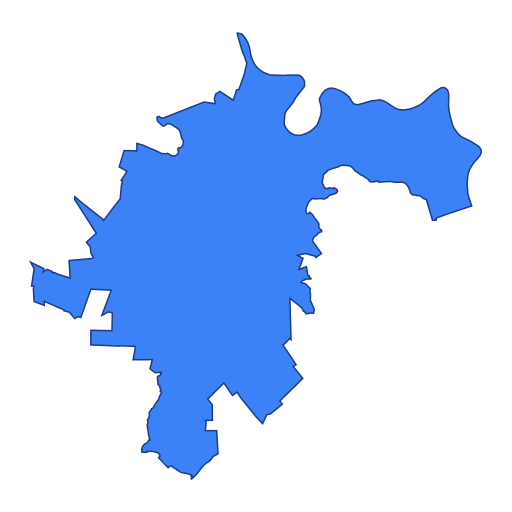 outline of Catazajá, Chiapas, Mexico
{"feature_id": "50627088B33192672219794", "entity_name": "Catazajá", "entity_type": "district", "adm_level": 2, "iso_a3": "MEX", "parent_name": "Mexico", "parent_adm1": "Chiapas", "projection": "robinson", "projection_center": [-91.989, 17.768], "detail": "fine", "context": "isolated", "style": "filled", "palette": "blue", "viewbox_px": 512, "rotation_deg": 0, "n_neighbors": 0, "source": "geoboundaries", "source_scale": "gbopen_adm2", "svg_char_len": 6030}
<svg xmlns="http://www.w3.org/2000/svg" viewBox="0 0 512 512"><path d="M442.9,87.5L440.7,88.0L435.6,91.2L430.0,95.9L423.6,102.2L419.4,105.2L412.9,108.1L408.4,109.3L403.6,110.0L398.4,109.4L394.4,107.7L386.5,102.4L383.1,100.7L380.3,99.9L371.7,100.8L362.4,103.5L357.7,104.7L354.3,104.1L352.5,102.5L349.2,96.9L344.6,93.2L339.7,90.5L334.1,88.4L330.3,88.1L327.8,88.8L324.8,90.5L321.9,93.8L319.6,98.4L319.4,100.1L320.7,105.0L321.2,107.7L321.4,110.6L320.8,115.0L318.4,122.0L316.8,125.3L313.9,128.4L310.2,131.4L306.2,133.4L302.0,134.9L298.9,135.4L294.3,134.9L291.9,133.7L289.6,132.2L287.7,130.2L285.7,127.6L284.7,125.5L284.2,123.8L284.3,121.2L284.9,113.7L286.5,110.7L292.4,103.4L295.9,97.4L304.2,86.8L304.7,85.1L304.5,82.0L304.0,80.2L303.2,78.8L301.9,77.1L300.2,75.7L298.0,75.1L289.5,75.1L283.4,75.4L270.4,75.0L266.3,73.6L263.6,72.4L261.0,70.8L257.7,68.2L254.8,64.6L253.6,62.2L252.0,58.8L250.6,54.0L249.5,47.4L247.7,42.4L244.9,37.7L241.9,34.0L237.3,33.0L237.3,34.1L242.2,51.3L244.5,56.4L245.5,59.8L246.8,63.2L244.3,74.1L238.9,89.5L236.6,89.8L233.4,100.2L219.9,91.4L215.8,93.9L214.3,98.6L215.3,103.7L204.2,102.0L162.9,118.2L160.6,117.6L159.0,116.5L157.6,116.6L157.0,117.4L156.9,118.0L157.3,120.6L158.0,121.6L159.2,122.8L162.6,125.9L163.3,126.1L164.6,125.8L167.0,123.9L168.7,123.7L170.1,124.0L171.7,124.7L175.3,126.9L177.1,128.1L179.0,129.8L179.9,131.3L180.4,132.7L181.4,137.4L183.5,141.6L183.2,143.2L182.4,145.7L181.8,146.8L181.2,147.3L179.9,148.0L178.8,147.7L178.0,148.4L177.8,148.9L177.8,149.6L178.3,151.5L178.4,152.4L178.0,153.7L176.9,154.8L175.5,155.7L174.8,155.9L172.8,156.0L171.1,155.5L168.1,153.5L167.3,153.3L166.2,153.8L161.5,153.5L156.9,151.1L149.8,148.2L143.1,145.2L136.9,143.4L136.9,150.9L130.3,150.6L124.1,150.7L119.2,166.9L127.0,171.3L121.3,180.2L122.2,180.2L122.1,182.9L121.4,185.3L120.2,198.9L113.4,207.4L103.7,220.5L103.1,219.4L82.6,203.3L74.8,196.7L74.7,199.6L96.3,233.3L86.5,242.1L86.8,242.8L90.3,247.1L90.9,253.2L93.2,257.4L92.2,258.5L69.1,260.5L70.1,278.0L59.2,274.6L56.9,273.8L54.5,272.5L53.7,272.6L53.5,272.9L52.9,272.8L52.7,272.4L51.9,272.2L52.1,271.9L51.7,271.5L51.7,271.2L46.9,269.4L43.3,271.9L43.9,268.7L30.7,262.2L34.1,268.8L31.6,286.1L33.8,286.2L33.4,289.4L34.1,301.5L44.2,305.4L44.5,301.2L46.5,302.3L64.4,310.1L64.1,310.8L69.5,312.3L74.8,318.6L77.6,316.6L80.8,317.5L90.0,291.6L91.1,289.2L111.3,290.2L101.8,315.4L103.5,314.6L107.6,312.2L109.8,312.1L112.3,313.2L112.0,330.7L90.9,330.3L90.8,344.9L119.6,346.1L120.1,345.9L122.0,345.9L135.5,346.4L133.3,359.3L133.1,359.7L147.7,359.7L152.3,359.5L150.0,368.8L155.2,372.7L161.5,372.4L161.2,373.1L160.4,374.1L160.3,375.2L159.3,375.8L157.7,376.2L157.4,377.6L157.7,381.3L157.9,381.7L158.2,383.1L157.8,383.6L158.0,384.4L158.1,384.7L158.5,384.7L159.3,385.7L159.9,385.9L159.9,386.3L159.6,387.0L160.1,387.6L160.2,388.5L160.8,389.4L160.8,389.8L160.1,391.0L160.4,391.4L161.4,392.1L161.3,393.0L161.0,393.2L160.8,395.0L160.4,395.0L160.0,395.4L159.3,396.9L158.8,399.2L154.7,404.7L153.0,408.0L151.6,408.7L150.7,410.5L149.2,412.4L149.4,415.3L148.8,417.8L147.5,419.8L148.0,422.5L147.1,425.3L148.2,431.5L148.5,434.5L149.5,438.6L149.7,440.1L148.8,440.1L147.0,443.1L144.7,443.9L143.2,445.6L142.1,447.6L141.8,449.8L141.8,452.0L142.8,452.3L146.8,452.3L146.8,451.4L152.9,451.4L157.7,452.8L158.6,453.3L160.2,456.1L158.5,457.6L168.1,467.7L170.7,465.6L180.8,472.3L187.8,473.8L191.8,475.2L191.2,476.2L191.6,476.3L192.8,477.0L191.1,478.4L191.6,479.0L196.2,474.7L203.5,465.5L206.3,463.1L209.7,461.1L211.8,458.5L212.9,456.6L218.0,453.9L216.7,430.6L205.4,430.7L206.0,423.4L206.0,422.5L205.2,420.4L212.4,420.3L212.3,404.8L207.7,399.0L223.9,383.0L232.5,395.5L237.1,392.1L240.9,398.0L256.5,417.3L262.6,423.7L266.8,414.7L270.2,414.1L282.4,404.1L279.8,401.0L302.8,378.4L293.2,366.5L296.1,364.7L282.9,344.9L283.2,344.6L283.4,344.9L289.9,338.4L291.0,339.6L289.9,298.3L301.9,307.9L303.3,311.1L303.9,311.1L304.4,311.4L305.9,313.8L308.0,313.6L309.9,313.0L313.6,313.2L314.3,309.4L310.4,300.3L310.5,294.2L309.8,291.7L309.8,290.9L310.2,289.6L310.1,288.3L308.5,286.9L307.5,285.6L306.1,284.6L305.5,283.7L302.7,283.0L301.0,282.3L302.5,280.6L304.6,279.9L306.0,279.1L310.8,279.0L310.7,278.0L309.6,277.7L309.2,275.8L307.9,275.6L306.4,266.7L299.0,269.4L303.0,258.3L297.2,255.4L305.5,253.5L314.9,256.1L315.2,256.3L315.9,257.5L321.5,253.5L312.4,240.8L313.9,236.9L315.6,236.0L317.4,234.5L318.0,233.3L318.5,232.9L319.3,232.7L320.4,231.8L321.6,231.9L321.7,231.1L321.6,230.5L321.4,229.8L320.6,229.8L320.3,229.5L319.0,227.5L318.7,226.4L319.0,224.2L318.4,222.8L317.2,221.5L316.5,220.1L316.0,219.4L314.6,218.0L312.2,214.3L309.7,212.3L308.9,213.3L308.6,213.5L307.8,213.7L306.7,213.4L306.0,211.7L305.9,209.9L306.4,207.4L308.4,202.7L309.0,201.7L311.7,199.1L313.2,198.4L315.1,199.0L318.4,198.6L320.1,198.7L321.8,198.6L323.6,199.1L324.8,198.8L326.8,197.9L328.0,196.9L328.6,196.0L329.3,195.5L330.0,195.1L335.4,193.6L335.8,193.4L337.2,191.9L337.5,191.4L337.1,190.6L337.2,190.0L336.8,189.7L336.6,189.2L334.5,188.0L333.6,187.9L332.2,188.4L329.1,187.8L328.3,188.0L327.7,188.5L326.8,188.6L325.4,188.2L324.9,187.9L324.1,186.9L323.5,185.3L322.6,183.8L322.2,182.1L323.6,174.5L326.8,171.6L327.9,170.3L331.7,168.8L337.8,167.0L341.5,165.3L345.2,165.3L348.9,165.7L350.3,166.1L351.4,166.8L352.7,167.9L355.5,171.4L357.1,172.2L360.8,174.9L362.3,175.5L365.8,177.7L369.3,180.1L369.1,180.8L370.8,181.8L371.7,182.0L373.5,182.0L373.9,181.7L377.8,181.0L378.6,182.1L380.7,182.1L382.8,181.8L390.5,181.5L395.2,182.3L401.5,182.2L405.0,182.9L406.9,184.9L408.5,187.4L409.9,190.8L410.4,192.7L412.2,194.7L419.4,195.8L420.4,196.2L423.8,198.7L426.3,199.5L432.5,220.2L436.2,220.1L436.3,218.7L436.7,217.9L437.9,217.4L448.0,213.8L471.7,205.9L468.8,197.3L467.8,193.0L467.6,189.8L467.1,184.2L467.7,176.4L468.3,173.4L469.3,170.3L470.8,167.3L474.0,162.3L477.9,158.3L480.0,155.4L480.8,154.0L481.3,152.3L481.1,150.1L480.3,148.4L478.7,146.3L471.7,141.9L460.9,136.4L458.0,133.7L453.8,127.8L452.5,124.7L450.0,115.4L448.8,109.1L448.5,104.9L448.8,95.6L448.7,94.0L448.3,92.2L447.6,90.4L446.5,88.9L444.7,87.7L442.9,87.5Z" fill="#3b82f6" stroke="#1e3a8a" stroke-width="1.5"/></svg>